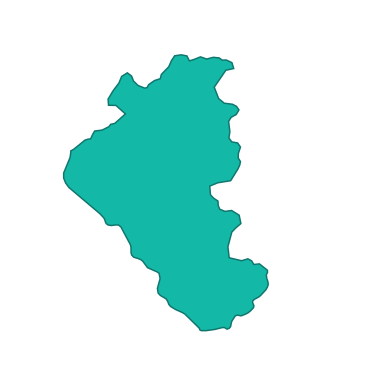 an SVG outline of Kardzhali, rotated 58°
{"feature_id": "BGR-2237", "entity_name": "Kardzhali", "entity_type": "Province", "adm_level": 1, "iso_a3": "BGR", "parent_name": "Bulgaria", "parent_adm1": "", "projection": "orthographic", "projection_center": [25.602, 41.573], "detail": "fine", "context": "isolated", "style": "filled", "palette": "teal", "viewbox_px": 384, "rotation_deg": 58, "n_neighbors": 0, "source": "natural_earth", "source_scale": "10m", "svg_char_len": 2029}
<svg xmlns="http://www.w3.org/2000/svg" viewBox="0 0 384 384"><g transform="rotate(58 192 192)"><path d="M300.0,170.4L301.7,172.9L304.9,174.4L308.1,175.1L310.8,176.3L312.7,178.6L314.1,181.2L316.2,189.0L316.4,191.3L316.1,196.1L316.5,198.1L317.8,199.2L321.4,199.8L322.7,201.2L323.8,205.3L324.2,208.7L323.8,212.2L323.0,216.1L320.4,218.8L320.0,220.9L322.4,226.2L323.4,227.6L326.6,230.6L327.3,232.5L326.9,234.9L325.7,235.6L324.3,236.2L323.1,238.0L320.6,245.6L317.1,253.4L314.5,257.6L313.1,258.4L311.4,258.0L291.8,262.7L288.9,264.2L282.8,268.3L277.6,270.9L275.1,271.2L272.0,270.6L268.8,270.6L263.1,273.6L259.8,274.3L255.4,272.4L248.6,265.0L243.5,263.0L241.2,264.0L232.6,269.8L224.7,270.4L222.1,271.3L219.3,273.4L217.6,275.0L216.1,276.1L213.5,276.5L211.3,275.9L206.5,273.0L204.3,272.2L184.0,270.8L180.9,271.9L179.2,274.8L177.7,278.1L175.6,280.6L173.4,281.5L171.6,281.3L169.8,280.8L167.4,280.5L161.6,281.6L123.0,294.0L117.6,294.4L112.3,293.5L107.9,290.8L98.2,277.2L93.8,273.5L92.9,273.0L93.1,269.8L91.3,255.3L92.0,252.4L93.2,249.8L90.7,246.0L88.7,242.3L91.8,235.5L92.6,227.9L91.5,225.1L92.9,221.2L90.5,207.1L78.3,210.6L74.2,216.8L68.8,214.0L64.4,205.4L60.8,196.1L56.7,190.4L56.7,183.7L61.6,181.8L66.8,182.8L73.1,181.3L78.8,177.1L79.7,174.8L78.0,171.9L77.6,164.8L79.1,158.9L76.0,155.6L73.5,145.4L69.7,139.8L67.3,134.5L69.9,128.5L73.9,124.2L79.4,124.7L80.7,119.9L81.9,113.2L87.0,109.1L89.1,102.5L92.8,97.8L96.1,96.6L98.2,93.0L103.4,89.6L109.4,91.2L106.7,98.8L114.9,117.6L126.9,119.9L133.8,117.6L139.0,111.2L142.9,108.9L147.3,108.7L149.7,113.4L149.4,119.3L151.6,123.6L160.9,127.9L165.8,132.1L170.6,131.7L174.6,127.3L179.6,127.1L183.8,132.2L187.7,134.8L191.9,134.8L194.5,137.3L196.9,141.0L202.9,153.2L197.8,165.4L196.4,173.8L204.1,177.8L208.5,177.0L213.5,174.8L217.3,176.9L221.3,177.6L225.9,174.3L228.7,168.2L236.7,164.3L244.7,167.3L245.6,173.5L247.1,179.5L257.5,190.6L267.5,195.3L276.6,186.3L278.3,180.0L282.0,177.9L286.2,178.0L288.7,172.9L298.3,169.5L299.9,170.4L300.0,170.4Z" fill="#14b8a6" stroke="#0f766e" stroke-width="1.5"/></g></svg>